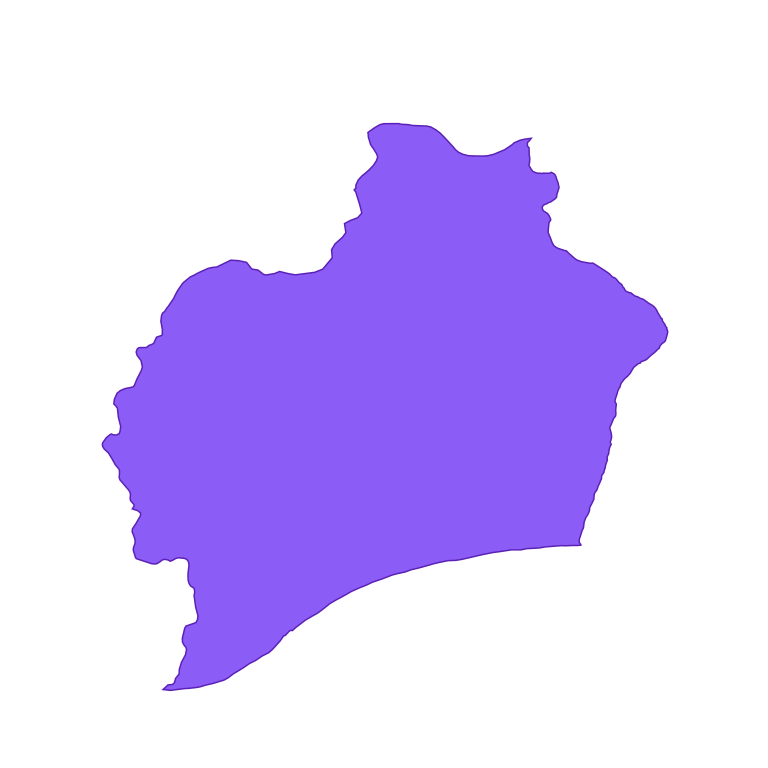 outline of Ngeun, Xaignabouri, Laos, rotated 77°
{"feature_id": "54806243B6650440767024", "entity_name": "Ngeun", "entity_type": "district", "adm_level": 2, "iso_a3": "LAO", "parent_name": "Laos", "parent_adm1": "Xaignabouri", "projection": "robinson", "projection_center": [101.129, 19.732], "detail": "fine", "context": "isolated", "style": "filled", "palette": "violet", "viewbox_px": 768, "rotation_deg": 77, "n_neighbors": 0, "source": "geoboundaries", "source_scale": "gbopen_adm2", "svg_char_len": 6151}
<svg xmlns="http://www.w3.org/2000/svg" viewBox="0 0 768 768"><g transform="rotate(77 384 384)"><path d="M585.3,228.4L584.6,228.4L582.2,229.4L579.4,228.7L571.2,223.8L569.4,222.3L568.2,221.7L563.7,220.1L559.8,217.6L557.0,214.7L554.5,212.8L552.8,211.9L552.2,212.0L551.5,211.7L550.1,210.9L547.5,208.6L543.4,205.4L542.8,205.2L542.0,205.1L539.0,204.0L537.7,203.2L536.9,202.6L536.3,201.7L535.1,200.4L531.7,198.3L529.1,196.2L526.6,194.5L525.7,193.6L522.8,192.7L522.0,192.2L521.1,191.4L520.7,190.7L519.6,189.6L517.7,188.8L515.6,187.4L512.7,186.2L508.4,183.5L505.3,183.0L502.4,180.7L500.8,180.3L497.2,178.7L496.3,178.2L494.1,176.3L493.7,176.2L492.0,176.7L491.4,176.5L488.2,174.7L486.7,174.1L485.4,173.9L483.3,173.7L477.5,173.9L476.6,173.4L475.4,172.4L469.2,167.9L467.9,166.2L467.4,165.7L466.7,165.3L465.5,164.8L461.5,164.1L459.6,163.5L456.4,162.3L455.4,162.2L454.2,162.7L453.5,162.8L452.6,162.7L451.7,162.5L448.9,160.9L446.0,159.1L444.2,158.2L443.2,157.6L440.8,155.7L440.6,155.2L440.2,154.8L438.8,154.2L436.6,152.7L435.1,151.0L432.7,147.9L431.5,145.4L429.0,141.8L424.2,137.2L423.5,136.1L421.5,132.0L421.3,130.9L421.3,129.7L420.1,128.5L419.7,124.9L419.3,123.1L418.9,122.2L416.3,117.7L413.4,111.9L411.7,109.4L411.0,107.6L410.7,107.4L409.7,107.2L408.1,105.3L407.1,104.0L406.5,102.2L405.7,100.7L405.0,100.1L404.0,99.4L399.3,96.8L397.2,95.9L396.2,95.8L395.3,95.8L394.6,96.0L394.3,96.3L393.9,96.2L393.6,95.9L392.7,95.8L391.4,96.5L390.5,96.8L389.1,96.9L386.2,98.1L384.6,98.5L383.2,98.3L382.8,98.5L382.5,98.9L381.8,99.3L376.5,101.0L373.2,101.8L371.5,102.4L369.6,103.4L368.0,104.6L367.0,105.6L364.9,107.9L361.2,111.0L359.7,112.4L358.3,114.8L357.5,115.8L356.7,116.5L355.8,117.6L355.1,119.1L354.3,120.1L350.8,122.9L350.0,124.6L349.4,125.6L348.0,127.3L346.9,128.0L344.7,128.5L343.9,128.9L343.2,129.4L340.8,129.9L339.2,131.0L338.6,131.7L337.8,132.3L335.0,133.6L333.6,134.4L332.3,135.5L331.4,137.0L330.9,137.5L328.6,138.8L327.1,139.8L323.0,143.5L313.5,152.9L313.1,153.6L312.9,155.3L312.6,156.3L309.8,162.9L308.7,165.0L306.7,168.0L304.3,170.2L300.6,172.8L299.1,174.0L295.2,176.4L295.0,176.9L294.8,177.6L294.1,178.7L293.3,180.1L291.3,183.4L290.4,184.6L289.3,185.8L288.0,186.9L287.0,187.5L283.9,188.4L278.8,189.0L276.5,189.5L273.4,189.9L272.6,189.8L269.9,189.0L264.4,187.1L263.6,186.7L262.2,185.1L261.5,184.6L260.5,184.6L258.4,185.0L255.8,185.7L254.5,186.5L251.0,189.8L249.9,190.1L248.1,190.2L246.9,189.8L246.1,189.0L245.6,188.1L245.2,186.9L244.9,184.5L244.6,183.8L244.3,182.7L244.0,180.3L241.9,175.3L241.0,174.0L237.8,172.7L234.5,170.7L232.3,169.4L231.5,169.2L230.4,169.2L226.2,169.2L224.3,169.6L220.8,169.8L218.8,170.2L217.2,171.2L215.3,173.5L215.9,175.2L215.7,176.2L214.4,181.3L214.3,183.4L213.6,184.8L213.6,185.8L213.2,186.2L213.2,187.2L210.7,190.8L209.9,191.4L208.1,192.2L204.2,193.4L202.9,193.4L202.0,193.0L201.3,192.5L197.1,191.2L193.0,190.9L188.6,190.0L186.3,189.5L185.6,190.1L184.3,190.7L183.0,190.4L182.0,190.2L180.6,189.5L180.0,188.0L177.7,185.3L177.1,191.4L177.1,196.5L178.2,202.7L179.9,205.9L182.9,213.8L184.9,225.6L184.9,232.1L184.2,236.2L182.4,243.6L180.7,250.1L177.8,255.7L174.9,259.3L171.5,261.8L169.1,262.9L161.9,267.0L156.4,270.2L152.2,272.8L147.9,276.4L144.0,280.7L142.3,284.3L138.5,298.1L136.7,302.1L134.9,308.5L133.6,311.0L130.3,325.7L130.4,329.7L132.2,335.6L135.3,343.1L137.0,343.2L139.9,343.7L147.7,343.2L152.5,341.3L158.1,339.4L161.4,339.1L164.8,341.2L168.8,345.4L171.9,350.2L174.2,354.3L176.3,358.7L179.4,363.2L183.8,366.6L186.9,367.4L188.1,369.4L190.6,368.3L204.4,367.3L208.9,367.2L212.5,367.2L216.1,372.3L217.1,380.0L218.8,386.4L227.9,387.1L231.6,391.3L236.5,400.2L241.4,404.9L249.3,406.0L258.3,417.8L259.6,426.4L257.7,445.9L254.7,452.9L250.9,460.4L251.8,465.9L251.2,474.6L250.0,476.8L244.6,481.2L242.3,486.9L234.5,490.6L231.1,498.0L228.9,505.4L232.4,520.8L231.8,524.9L231.8,529.5L233.8,539.5L235.3,544.9L236.1,548.7L239.2,555.0L240.5,557.4L246.4,563.9L249.8,566.9L253.4,569.8L259.7,576.6L261.0,578.3L263.9,581.3L265.1,583.8L267.6,585.5L272.7,587.3L281.1,587.7L286.2,589.0L286.7,589.9L287.2,595.1L292.6,599.3L293.2,601.5L293.6,604.6L294.7,606.5L294.9,607.9L293.6,613.4L293.5,614.8L294.4,616.6L297.1,618.3L300.7,618.1L306.5,615.5L313.1,615.6L316.5,617.6L323.7,623.7L328.9,627.3L330.3,628.9L330.4,631.0L330.2,637.5L331.1,642.4L332.9,646.1L338.0,650.0L340.8,651.1L342.8,651.7L344.4,650.6L347.5,649.2L356.8,650.3L366.1,650.1L370.6,651.8L372.8,653.1L373.5,656.4L372.6,659.3L371.4,660.9L371.7,662.4L373.8,666.6L377.8,671.1L379.3,672.0L381.5,672.2L384.5,671.2L389.2,668.0L396.1,665.7L402.2,664.0L407.7,661.2L410.3,661.5L415.7,663.1L418.1,662.8L429.0,657.1L432.0,655.9L434.6,655.9L438.4,657.1L440.6,657.2L445.1,654.8L446.6,654.9L449.1,657.3L452.1,652.4L455.0,650.2L457.5,650.9L464.3,657.2L468.5,661.7L471.3,662.6L476.2,661.9L479.9,661.6L483.2,662.4L487.4,665.1L489.8,665.7L497.0,665.2L498.5,664.6L506.9,650.7L507.9,647.5L507.9,645.2L506.5,641.4L505.6,639.8L505.5,637.1L506.9,634.0L508.6,632.2L508.2,629.7L507.1,625.9L507.1,623.3L508.9,618.0L510.3,615.8L513.1,614.5L516.7,614.8L524.6,617.6L528.0,618.4L531.3,619.0L534.5,618.8L537.1,618.0L540.5,614.9L544.4,615.3L547.1,616.6L559.2,617.7L567.9,617.4L571.6,618.7L574.1,620.9L574.7,625.4L575.3,631.3L577.1,633.1L586.4,637.7L590.1,638.4L593.8,637.5L595.8,636.3L598.2,636.1L603.1,638.3L609.7,644.0L616.1,647.7L620.4,648.8L624.0,653.3L627.8,655.3L629.2,657.6L628.6,662.1L632.0,668.0L634.5,661.0L635.9,647.0L636.7,642.3L637.6,633.9L637.7,631.3L637.3,625.3L637.3,617.6L636.5,606.4L635.2,601.9L632.5,596.0L628.8,584.7L626.1,578.0L624.5,571.3L621.6,563.8L619.8,556.6L617.6,552.5L614.8,548.4L610.9,542.9L606.8,538.4L606.9,537.6L606.6,536.4L603.6,532.1L603.2,530.8L603.1,529.5L603.7,528.8L602.2,526.0L601.9,525.8L596.3,513.5L593.9,505.8L592.6,501.1L590.6,496.2L585.8,486.2L583.8,479.8L580.6,468.3L578.8,462.5L577.1,453.9L576.0,446.5L574.5,439.7L573.5,429.7L572.0,419.4L571.8,414.7L571.9,405.5L571.1,399.4L571.1,392.1L570.7,382.7L570.3,375.9L570.3,370.1L570.5,361.6L572.0,353.6L572.4,347.6L572.4,326.1L572.7,315.9L573.3,309.7L574.3,297.0L576.4,287.9L576.5,282.3L578.7,269.4L579.0,263.7L580.7,252.1L581.4,247.5L582.4,243.8L584.1,235.0L584.8,232.4L585.3,228.4Z" fill="#8b5cf6" stroke="#5b21b6" stroke-width="1.5"/></g></svg>